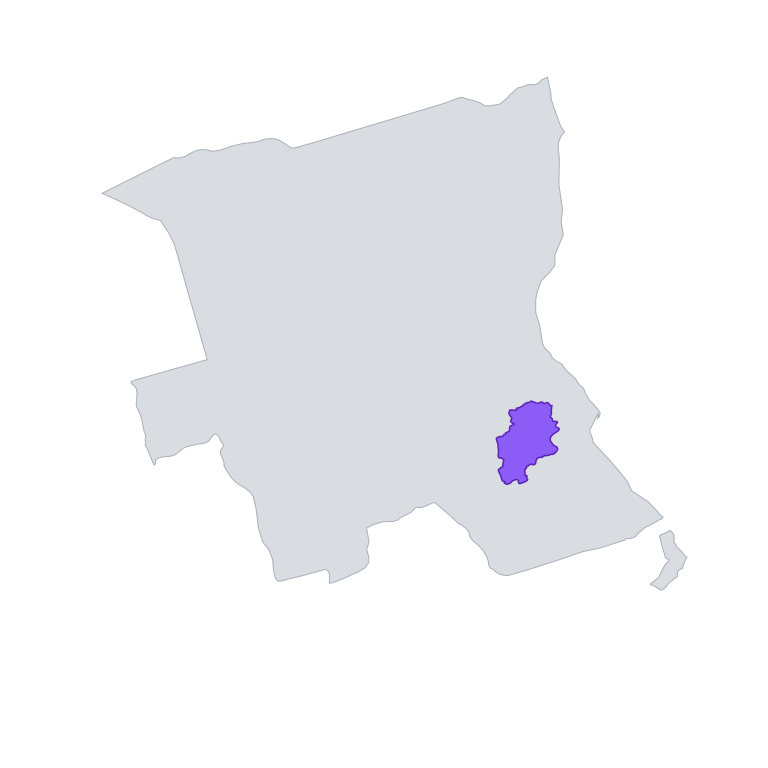 where Cuanza Norte sits in Angola, rotated 163°
{"feature_id": "AGO-1878", "entity_name": "Cuanza Norte", "entity_type": "Province", "adm_level": 1, "iso_a3": "AGO", "parent_name": "Angola", "parent_adm1": "", "projection": "albers", "projection_center": [14.948, -8.858], "detail": "fine", "context": "in_parent", "style": "filled", "palette": "violet", "viewbox_px": 768, "rotation_deg": 163, "n_neighbors": 0, "source": "natural_earth", "source_scale": "10m", "svg_char_len": 7410}
<svg xmlns="http://www.w3.org/2000/svg" viewBox="0 0 768 768"><g transform="rotate(163 384 384)"><path d="M627.5,373.7L628.2,379.0L628.9,386.5L629.4,391.9L630.0,394.3L630.2,395.6L629.4,396.9L628.8,400.1L627.6,402.9L626.9,404.9L627.3,408.6L626.2,419.3L625.9,424.6L627.2,434.1L626.9,437.1L623.4,445.7L622.4,450.1L622.2,452.4L625.5,458.9L625.2,460.2L622.6,460.5L620.4,460.6L545.9,459.0L543.8,569.9L543.7,579.3L545.8,591.8L549.9,605.5L551.6,606.8L556.0,609.3L562.0,614.6L565.3,618.5L572.1,625.3L581.2,634.0L597.7,648.8L541.4,658.3L519.9,661.8L518.0,661.7L514.8,660.2L507.9,659.7L499.8,661.6L493.4,662.1L488.7,661.1L484.1,659.2L479.6,656.5L471.7,655.5L460.6,656.0L449.8,655.4L439.5,653.5L432.1,652.7L427.7,653.1L422.9,652.4L417.8,650.9L413.6,648.3L408.5,642.8L404.5,637.6L403.5,636.9L402.2,636.1L401.0,635.9L378.8,635.4L243.6,634.8L227.9,635.7L226.7,635.5L224.8,634.9L223.5,633.7L219.0,630.8L215.1,628.6L209.9,624.9L206.5,620.8L203.6,619.5L198.6,618.8L194.7,618.1L191.6,617.9L186.2,619.9L182.1,621.8L179.2,623.7L174.1,625.8L169.8,628.0L162.4,627.7L160.7,628.1L156.6,628.0L152.7,626.1L148.7,626.3L144.3,628.7L138.0,629.7L139.3,614.4L140.8,607.6L140.8,599.5L139.7,578.5L138.6,575.6L137.8,572.2L141.7,569.6L143.7,567.6L146.4,564.1L148.3,559.2L150.4,548.4L158.5,523.4L162.2,499.0L167.1,487.4L168.9,474.4L182.7,457.6L186.1,447.3L193.2,442.2L203.4,436.8L210.6,427.2L214.1,420.6L218.1,407.8L218.0,394.5L220.5,376.8L219.9,371.7L216.1,364.6L215.3,359.6L211.8,354.6L208.0,350.9L206.2,344.2L199.6,333.7L197.7,326.6L194.5,321.6L194.0,315.4L192.3,308.8L189.1,302.3L185.9,294.8L185.9,292.5L187.8,289.7L189.7,288.7L189.0,290.1L187.8,291.8L188.1,293.1L200.4,280.0L201.2,277.4L200.7,274.5L200.7,271.0L201.1,267.0L189.4,242.9L180.0,220.5L178.3,209.2L165.9,194.3L161.0,184.7L158.2,177.9L156.1,175.3L156.9,174.0L160.1,173.7L167.1,172.0L176.8,170.3L185.7,166.3L188.0,164.5L192.8,164.1L197.6,165.2L199.4,164.4L200.4,164.3L211.7,164.3L216.4,164.0L225.2,164.1L230.7,164.4L233.8,164.8L242.3,165.5L252.9,165.3L256.6,165.0L270.5,164.7L296.5,164.3L310.1,164.4L320.5,164.5L325.2,165.9L329.5,168.6L331.4,171.0L332.4,172.1L333.6,174.7L336.0,176.7L336.8,179.9L336.1,184.2L336.4,189.3L337.8,195.3L340.6,201.6L344.9,208.3L346.7,213.5L346.1,217.4L347.5,221.5L350.6,225.9L353.0,228.2L354.3,229.9L357.9,236.6L369.6,255.2L371.4,256.1L374.0,255.8L379.5,255.1L384.9,254.9L388.8,256.6L390.3,256.3L396.2,253.2L402.0,252.3L408.1,251.1L411.3,249.8L415.0,249.8L424.9,252.5L426.7,252.6L434.8,252.7L442.8,251.4L444.1,240.7L444.2,238.6L446.2,234.7L448.7,231.2L449.1,227.9L449.0,223.3L450.8,217.8L456.3,213.5L465.0,211.5L470.0,211.2L477.8,210.1L489.7,209.0L494.1,209.2L494.5,209.9L491.8,217.5L491.8,220.0L492.6,222.5L494.6,223.9L518.3,224.6L541.0,225.8L542.3,226.2L543.3,226.8L544.6,230.6L544.2,238.0L541.8,248.7L542.5,258.8L546.1,268.3L546.2,282.7L542.8,302.1L541.9,314.4L543.6,319.6L547.2,325.0L552.8,330.7L557.0,338.1L559.9,347.1L560.9,352.7L560.1,355.0L560.0,359.1L560.9,364.8L559.7,368.6L556.6,370.4L555.5,372.9L557.0,377.9L557.3,382.4L559.3,385.4L560.8,385.6L564.0,384.0L567.8,381.1L570.8,379.9L575.0,380.2L581.0,381.1L591.5,381.7L594.7,381.2L604.6,377.4L607.2,377.2L611.0,377.6L616.5,379.0L622.0,379.3L624.7,378.2L625.0,376.5L625.9,374.4L627.5,373.7ZM188.0,114.3L187.4,114.9L182.9,116.8L178.1,118.5L171.8,125.4L168.6,128.4L167.6,129.2L164.8,130.8L162.7,132.2L162.8,133.0L164.2,133.9L165.6,135.4L165.5,146.7L165.0,157.7L164.2,158.7L160.2,159.1L154.9,159.9L153.2,160.4L152.6,159.3L150.8,155.3L151.7,151.4L152.8,148.5L151.5,142.7L148.8,137.5L145.9,130.9L145.0,129.6L147.4,127.5L151.0,122.8L152.5,120.4L156.7,119.8L158.3,118.1L159.4,115.4L159.8,113.8L164.6,112.5L170.3,110.1L173.5,107.6L176.7,106.0L178.7,105.9L180.1,106.6L183.8,110.9L187.0,113.6L188.0,114.3Z" fill="#d9dde1" stroke="#a8b0b8" stroke-width="1"/><path d="M283.4,249.0L284.2,250.0L284.1,250.9L283.8,251.9L283.9,252.9L284.7,253.7L286.1,254.0L287.6,254.0L288.7,253.9L289.6,253.7L291.3,252.7L292.2,252.3L294.0,252.1L295.0,252.1L295.8,252.2L296.1,252.3L297.0,253.1L297.6,253.7L297.8,253.9L297.7,254.0L297.1,254.4L297.1,255.1L297.5,255.8L298.4,255.9L299.1,256.6L299.3,258.6L299.3,260.4L299.2,262.3L299.6,264.4L299.8,266.7L299.9,267.4L299.9,268.2L299.2,268.9L295.1,270.3L294.3,270.7L294.1,271.4L294.1,271.9L293.8,272.7L292.3,275.0L291.8,276.4L292.1,277.2L292.7,278.2L293.5,278.8L295.3,279.6L295.9,280.4L296.0,281.2L295.8,282.2L294.9,284.0L293.7,287.8L293.1,291.5L292.7,293.0L292.6,293.7L292.6,294.9L292.8,296.1L292.6,298.9L292.2,299.3L291.9,299.4L291.3,299.7L289.7,299.9L288.1,299.9L287.7,299.8L287.0,299.4L286.6,299.2L286.0,299.3L285.5,299.6L285.0,300.0L284.5,300.3L284.2,300.4L283.5,300.4L283.1,300.5L282.8,300.7L282.2,301.4L281.8,301.7L280.9,301.9L279.2,302.0L278.3,302.2L277.3,303.3L276.8,305.0L276.1,306.5L274.6,307.1L272.8,307.0L272.2,307.0L271.7,307.2L271.3,307.9L273.4,309.8L273.8,311.4L272.8,312.7L271.7,314.2L271.8,314.9L272.7,316.7L273.0,317.8L273.1,319.2L272.8,320.3L272.2,321.1L271.2,322.3L270.8,322.1L270.3,322.1L269.9,322.0L266.6,320.6L265.4,320.4L265.0,320.2L264.7,320.2L264.6,320.6L264.8,321.5L264.6,321.8L264.1,322.1L260.9,321.9L259.4,322.3L259.2,322.3L258.7,322.6L258.3,322.5L257.9,322.4L257.4,322.4L257.2,322.7L256.9,323.3L256.6,323.6L256.3,323.7L252.0,324.4L251.6,324.3L250.8,324.2L249.3,324.1L249.0,324.1L248.7,324.3L248.5,324.5L248.2,324.7L247.9,324.5L247.2,323.8L246.9,323.6L245.9,323.0L245.5,322.7L244.4,321.6L243.8,321.2L243.0,320.8L242.2,320.6L241.2,320.5L239.9,320.9L239.6,320.9L239.3,320.8L237.9,320.5L237.7,320.3L237.5,319.3L237.4,319.1L236.5,318.4L236.1,318.3L235.6,318.5L234.6,318.6L233.6,318.6L233.0,318.4L232.3,317.6L231.4,315.2L230.3,314.2L229.8,314.2L231.5,310.3L232.4,307.1L232.9,306.2L234.2,304.6L234.5,303.9L234.5,303.5L233.8,302.5L233.2,301.5L233.3,300.8L233.5,300.0L233.2,299.2L232.5,298.6L230.4,298.0L229.4,297.4L229.4,296.6L229.9,296.0L230.8,295.6L231.6,294.9L232.1,293.8L232.2,293.1L232.1,292.6L231.8,292.3L230.4,291.3L229.8,290.7L229.6,290.1L229.9,289.3L231.2,288.2L235.9,286.9L237.6,286.2L239.0,285.4L239.9,284.7L240.6,283.8L241.1,283.0L241.4,282.1L241.4,281.1L241.3,280.2L239.9,276.2L238.9,275.0L237.8,274.0L237.2,273.1L236.9,272.4L236.9,272.1L237.0,270.8L238.5,269.4L240.3,268.2L241.6,267.6L242.2,267.5L243.3,267.5L243.8,267.6L244.6,267.8L244.9,267.9L246.6,267.7L247.0,267.7L247.5,267.8L248.5,267.8L250.4,268.1L250.6,268.2L250.8,268.3L251.0,268.7L251.3,268.9L251.5,268.9L252.0,268.4L253.1,268.0L254.3,267.8L254.8,267.8L255.8,268.1L257.1,268.4L257.6,268.4L258.3,268.3L259.4,267.9L259.5,267.8L259.8,267.6L259.9,267.4L260.6,266.7L261.1,266.2L261.3,265.8L261.8,264.5L262.0,264.1L262.4,263.8L262.9,263.3L263.3,263.1L263.6,263.0L263.8,263.0L264.0,263.0L264.4,263.2L264.6,263.3L264.9,263.3L265.2,263.3L265.6,263.5L266.0,263.6L266.1,263.8L266.4,264.1L266.5,264.2L266.7,264.4L267.0,264.5L267.4,264.5L267.7,264.5L268.0,264.4L268.9,263.8L269.3,263.7L269.6,263.6L270.4,263.6L270.6,263.7L271.1,263.9L271.4,263.9L271.5,263.8L271.7,263.6L271.8,262.9L271.9,262.7L272.0,262.4L272.3,262.1L272.6,262.0L272.9,262.0L273.1,262.0L273.3,261.8L273.3,261.6L273.6,261.1L273.9,261.1L274.1,261.1L274.3,260.8L274.5,260.2L274.8,259.7L275.0,259.1L275.1,257.8L275.3,256.8L275.6,256.4L275.8,256.1L275.8,255.8L275.8,255.5L275.5,255.0L275.3,254.8L275.1,254.6L274.9,254.7L274.5,254.8L274.3,254.8L274.2,254.6L274.2,254.1L274.5,253.2L274.8,252.5L274.9,252.3L275.0,251.8L274.6,250.5L275.6,249.8L278.2,249.2L282.6,249.0L283.4,249.0Z" fill="#8b5cf6" stroke="#5b21b6" stroke-width="1.5"/></g></svg>